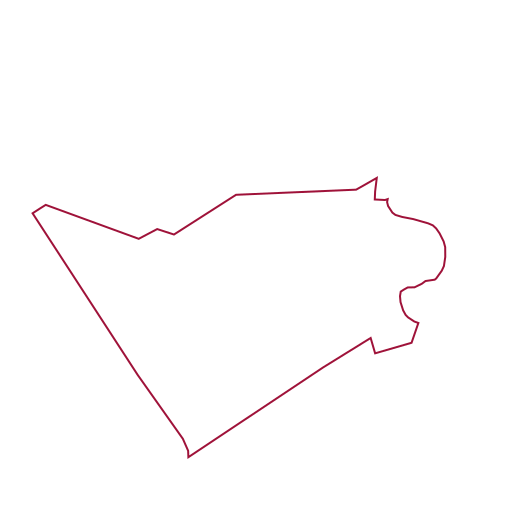 outline of Hickman, Kentucky, United States of America, rotated 147°
{"feature_id": "52423323B69362371479098", "entity_name": "Hickman", "entity_type": "district", "adm_level": 2, "iso_a3": "USA", "parent_name": "United States of America", "parent_adm1": "Kentucky", "projection": "albers", "projection_center": [-89.075, 36.65], "detail": "fine", "context": "isolated", "style": "outline", "palette": "rose", "viewbox_px": 512, "rotation_deg": 147, "n_neighbors": 0, "source": "geoboundaries", "source_scale": "gbopen_adm2", "svg_char_len": 794}
<svg xmlns="http://www.w3.org/2000/svg" viewBox="0 0 512 512"><g transform="rotate(147 256 256)"><path d="M422.3,124.1L260.2,126.0L204.5,124.8L209.1,109.5L172.8,98.5L156.3,111.4L158.9,114.8L161.9,121.7L162.6,125.1L162.2,130.3L159.9,138.6L157.1,143.9L154.0,147.3L150.3,147.3L145.9,147.0L140.1,143.4L132.0,142.4L127.5,142.7L119.0,138.8L117.1,139.0L108.2,142.5L103.9,145.2L97.8,152.1L92.5,160.4L90.7,166.0L89.7,175.0L89.9,181.0L91.0,185.4L93.9,189.7L104.0,201.3L112.1,209.1L116.7,214.5L118.0,218.1L118.0,226.0L116.7,229.8L114.6,232.0L117.3,232.7L125.6,238.7L120.9,245.3L112.2,255.7L135.9,257.1L239.4,318.2L313.1,318.7L324.2,332.4L345.0,334.3L404.5,413.4L411.0,413.5L411.3,413.5L420.1,413.5L420.0,220.7L416.9,142.5L419.0,129.6L422.3,124.1Z" fill="none" stroke="#9f1239" stroke-width="2"/></g></svg>